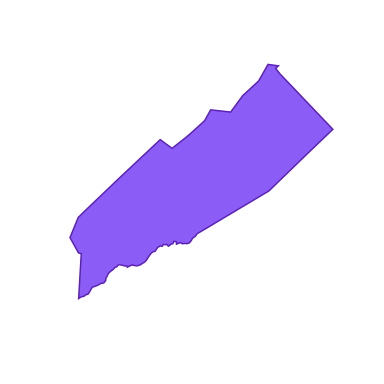 the district of Sigefredo Pacheco, Piauí, Brazil, rotated 216°
{"feature_id": "56859067B30452648330237", "entity_name": "Sigefredo Pacheco", "entity_type": "district", "adm_level": 2, "iso_a3": "BRA", "parent_name": "Brazil", "parent_adm1": "Piauí", "projection": "equal_earth", "projection_center": [-41.801, -4.953], "detail": "fine", "context": "isolated", "style": "filled", "palette": "violet", "viewbox_px": 384, "rotation_deg": 216, "n_neighbors": 0, "source": "geoboundaries", "source_scale": "gbopen_adm2", "svg_char_len": 1302}
<svg xmlns="http://www.w3.org/2000/svg" viewBox="0 0 384 384"><g transform="rotate(216 192 192)"><path d="M114.9,325.5L153.3,332.5L161.0,333.9L162.9,334.3L190.0,339.2L197.0,341.2L196.3,344.8L205.5,339.9L203.7,324.1L203.4,320.8L207.6,299.9L207.7,279.4L218.6,273.2L222.9,270.7L225.2,269.4L223.7,257.2L224.6,252.7L227.7,237.8L229.2,231.9L233.8,215.6L241.5,215.6L248.5,215.7L258.9,161.2L267.4,114.4L269.1,104.6L263.9,83.4L248.0,76.0L245.3,77.0L243.6,74.3L221.1,39.2L220.1,41.8L218.1,44.2L217.3,46.9L216.1,48.0L216.1,50.8L216.5,53.6L216.7,56.3L214.4,59.6L213.2,61.7L212.0,64.3L209.9,66.6L209.8,69.7L210.9,71.4L211.2,74.0L211.8,77.0L211.2,80.0L210.2,83.2L210.0,85.9L208.9,87.2L208.8,89.7L207.6,90.7L204.9,92.0L203.2,92.5L201.3,93.9L200.1,93.1L198.8,95.8L197.6,97.8L195.9,98.4L193.0,100.0L191.0,102.7L190.1,105.1L189.2,107.3L188.8,109.6L188.9,111.9L189.1,114.7L189.1,118.1L188.4,120.7L187.0,122.3L187.2,125.4L187.1,127.2L186.0,129.6L184.2,130.6L184.4,132.6L182.9,133.5L181.7,134.6L179.2,134.3L178.2,137.4L177.1,139.0L177.7,141.4L175.4,142.6L173.9,140.7L172.9,142.3L171.6,144.2L169.4,144.5L167.5,146.2L165.9,147.1L164.2,149.2L164.0,152.4L164.4,154.3L163.9,156.6L163.2,158.2L163.4,161.0L162.3,163.6L130.4,238.1L122.1,285.7L115.5,322.2L114.9,325.5Z" fill="#8b5cf6" stroke="#5b21b6" stroke-width="1.5"/></g></svg>